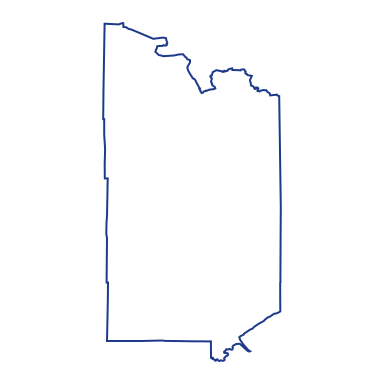 St. Louis, Minnesota, United States of America (Robinson projection)
{"feature_id": "52423323B88351202423300", "entity_name": "St. Louis", "entity_type": "district", "adm_level": 2, "iso_a3": "USA", "parent_name": "United States of America", "parent_adm1": "Minnesota", "projection": "robinson", "projection_center": [-92.282, 47.64], "detail": "fine", "context": "isolated", "style": "outline", "palette": "blue", "viewbox_px": 384, "rotation_deg": 0, "n_neighbors": 0, "source": "geoboundaries", "source_scale": "gbopen_adm2", "svg_char_len": 3428}
<svg xmlns="http://www.w3.org/2000/svg" viewBox="0 0 384 384"><path d="M104.6,23.7L103.5,88.1L103.2,119.1L104.2,119.1L104.2,134.3L105.1,149.1L104.7,163.7L104.8,178.4L107.7,178.4L107.0,215.9L106.5,223.1L106.3,234.0L107.0,237.8L106.6,282.5L108.0,282.5L107.9,296.7L107.0,341.0L141.6,341.0L162.1,340.5L164.9,340.9L193.6,341.3L210.9,341.4L211.0,354.1L211.0,357.9L212.2,358.6L212.2,358.1L212.3,357.7L212.9,357.9L212.9,358.6L213.0,359.1L213.4,359.3L214.1,359.4L214.7,359.6L214.9,360.3L215.2,360.7L215.8,360.7L216.7,359.6L217.1,359.3L219.0,361.0L220.0,360.8L220.9,360.3L221.6,360.4L222.6,360.9L223.1,360.8L223.9,360.5L224.5,360.0L224.6,359.7L224.5,359.3L224.1,358.3L224.3,357.9L224.9,357.4L225.9,356.3L226.5,355.9L227.4,355.7L227.9,355.1L228.1,354.6L228.1,354.0L227.9,353.7L227.1,353.1L225.0,353.0L224.1,352.6L224.1,351.9L224.2,351.6L224.6,351.3L225.2,351.0L225.8,350.4L226.0,349.5L226.3,349.3L227.7,349.5L228.4,349.4L229.3,348.9L231.0,349.6L231.9,349.7L232.2,349.6L232.9,348.0L232.6,347.5L232.6,346.4L233.3,345.6L236.2,344.0L237.4,343.9L239.9,343.9L247.5,350.8L249.4,351.6L250.1,351.2L248.7,350.5L243.4,344.6L240.1,339.8L239.3,337.3L239.5,337.2L240.4,336.2L243.7,334.6L244.1,333.6L250.3,329.5L252.4,328.7L254.2,326.8L258.6,323.8L262.7,321.6L263.8,321.0L264.9,319.7L268.1,317.2L269.7,316.8L273.8,313.9L274.7,313.6L275.9,313.6L278.5,312.5L280.3,311.4L280.2,296.8L280.2,287.7L280.2,282.5L280.5,282.2L280.4,279.9L280.6,237.3L280.8,207.9L279.2,96.1L277.7,95.6L277.0,95.1L276.8,94.6L274.6,95.0L274.3,94.9L273.6,95.0L272.7,95.1L270.2,95.4L269.7,93.3L267.4,91.9L266.3,90.2L264.9,90.3L264.6,90.3L264.4,90.2L263.2,90.0L262.5,90.3L261.4,90.5L260.3,90.8L259.9,91.1L259.7,91.4L259.3,91.4L258.4,91.0L258.1,91.0L257.5,91.0L257.4,90.4L257.5,89.9L257.6,89.3L258.3,89.0L258.3,88.6L258.1,88.2L258.0,87.9L257.3,87.5L255.8,87.5L255.6,87.6L255.5,88.0L255.8,88.2L255.7,88.5L255.1,89.0L254.9,89.0L254.8,88.8L254.9,88.7L254.4,88.4L253.2,86.3L250.9,85.4L250.8,82.9L250.2,81.7L250.0,80.0L251.8,75.9L247.6,75.1L246.7,73.9L245.5,73.6L245.3,72.1L245.7,71.7L245.6,71.4L245.2,71.2L244.3,69.5L242.8,69.4L241.2,69.6L240.5,70.4L239.3,70.2L232.4,70.0L232.2,68.4L229.8,68.8L227.8,69.8L227.6,70.1L227.6,70.7L225.6,71.3L225.5,71.2L225.4,71.0L224.2,70.7L223.7,71.4L223.8,71.6L223.8,71.8L222.4,71.9L222.1,71.3L221.6,71.2L216.3,70.2L212.7,72.2L211.8,75.5L210.6,75.6L210.3,76.7L211.9,78.5L211.0,81.5L211.8,83.3L211.8,83.5L212.1,83.6L211.9,84.4L212.5,85.4L214.7,86.9L215.3,88.4L213.8,89.1L209.2,89.7L208.2,90.2L207.7,90.3L206.8,90.8L206.6,90.8L206.4,90.6L206.2,90.6L205.8,90.7L205.6,91.1L204.5,91.2L204.0,91.4L202.8,92.7L201.8,93.1L201.3,92.6L200.6,91.5L200.5,91.3L200.6,90.9L200.5,90.5L199.9,90.1L199.7,89.7L199.7,89.3L199.8,89.0L199.5,89.1L199.4,89.0L199.2,88.6L199.4,88.2L199.1,87.5L198.5,86.3L198.0,85.4L196.7,83.1L195.4,80.3L194.1,78.8L193.7,78.6L193.3,78.7L192.5,77.9L192.0,76.9L190.4,74.5L188.2,70.7L187.3,67.3L190.0,62.3L190.0,60.1L187.4,59.3L186.7,58.2L186.5,57.6L186.3,57.5L185.6,57.3L185.2,56.8L183.1,54.3L182.1,54.3L179.1,54.4L173.9,55.5L163.0,56.2L162.0,55.7L158.7,55.0L155.4,51.8L155.9,50.5L155.8,50.0L156.9,48.1L157.2,46.3L159.1,45.9L162.3,46.0L163.3,45.2L164.2,45.5L165.6,45.6L166.5,45.3L166.9,44.9L166.7,44.6L166.4,44.3L166.4,44.1L167.2,43.3L167.2,43.2L167.2,42.5L167.1,42.4L166.8,41.7L165.9,38.1L162.8,37.6L153.3,38.8L130.8,29.3L128.7,29.0L126.1,27.2L123.4,27.0L123.3,23.2L122.7,23.0L118.6,24.4L104.6,23.7Z" fill="none" stroke="#1e3a8a" stroke-width="2"/></svg>